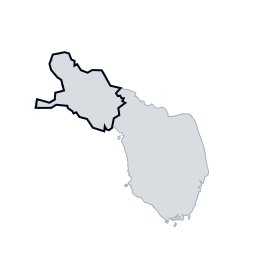 location of Lapland within Finland, rotated 309°
{"feature_id": "FIN-3176", "entity_name": "Lapland", "entity_type": "Province", "adm_level": 1, "iso_a3": "FIN", "parent_name": "Finland", "parent_adm1": "", "projection": "orthographic", "projection_center": [25.412, 67.834], "detail": "coarse", "context": "in_parent", "style": "outline", "palette": "ink", "viewbox_px": 256, "rotation_deg": 309, "n_neighbors": 0, "source": "natural_earth", "source_scale": "10m", "svg_char_len": 4174}
<svg xmlns="http://www.w3.org/2000/svg" viewBox="0 0 256 256"><g transform="rotate(309 128 128)"><path d="M110.0,111.0L109.2,107.2L108.1,104.0L106.8,103.1L106.4,101.8L106.3,99.2L106.6,97.1L107.9,95.2L108.2,92.5L109.1,90.4L108.7,89.0L106.7,85.1L106.4,83.8L106.4,81.7L107.6,79.8L107.3,77.8L105.2,77.0L105.3,75.8L105.9,73.8L105.7,72.2L105.8,68.5L106.9,66.9L105.7,65.6L104.6,63.2L103.5,63.0L103.0,60.5L101.2,58.2L94.9,54.8L91.2,51.1L89.3,48.1L87.4,46.4L87.4,44.9L85.5,43.5L85.9,42.9L87.5,43.0L88.7,43.7L89.2,42.9L88.8,40.7L89.0,40.2L90.5,39.0L92.9,39.2L97.5,48.0L98.2,50.9L103.1,52.0L103.6,52.7L105.0,52.6L107.9,51.3L109.0,49.5L110.1,49.7L117.0,54.0L118.1,53.0L118.8,50.5L119.3,49.3L120.1,48.5L121.8,48.0L123.0,45.8L123.1,39.8L123.7,38.1L124.8,32.3L126.9,29.6L128.4,26.8L129.9,26.4L132.6,26.9L135.8,24.0L137.9,23.5L141.8,28.3L147.1,31.1L148.7,35.1L148.1,36.7L145.6,41.3L145.5,42.5L146.6,44.5L142.7,47.1L143.0,47.7L145.2,47.9L145.5,48.8L143.6,54.6L143.5,55.6L145.5,61.6L150.6,63.9L152.2,66.6L156.2,71.6L156.0,74.1L151.1,83.7L150.0,86.4L149.9,88.0L153.6,95.2L155.7,100.3L157.8,103.9L159.8,110.1L160.1,112.2L156.9,113.6L157.9,114.7L157.3,116.7L157.3,119.5L156.5,121.3L156.8,121.8L158.3,122.1L158.6,123.3L158.5,124.1L157.0,125.6L156.9,127.1L157.9,129.5L158.7,130.3L161.3,130.9L161.6,131.6L161.8,133.4L160.8,135.2L160.9,135.9L162.2,139.0L165.7,141.4L166.2,143.3L166.3,144.6L166.2,145.8L163.9,150.5L162.1,152.0L166.3,156.4L173.8,161.8L177.3,166.7L177.7,168.1L175.9,174.8L175.2,176.6L169.9,184.3L162.3,196.8L158.3,202.3L150.4,210.7L144.6,218.3L141.3,219.9L138.6,218.4L137.3,218.8L136.1,219.9L131.9,221.2L131.7,220.0L132.6,216.8L132.2,216.9L131.5,218.4L131.1,220.1L130.3,221.0L128.6,221.4L126.9,220.0L126.0,220.0L126.9,222.1L126.9,222.7L126.0,222.6L124.1,224.3L123.6,224.3L123.0,222.9L121.0,224.4L119.1,224.7L117.9,225.8L112.3,227.3L110.7,229.2L109.6,228.7L103.2,230.2L100.6,229.7L97.6,232.4L95.3,232.7L97.7,229.9L97.9,228.9L96.7,228.3L95.8,227.2L95.1,224.9L94.6,224.8L93.8,227.6L92.2,228.5L90.4,228.4L90.2,227.1L90.5,226.0L90.3,225.8L90.6,224.9L91.5,224.9L91.8,224.4L91.8,223.9L91.1,223.3L91.9,221.3L88.6,220.7L84.7,218.4L84.3,216.6L82.3,217.7L80.6,216.3L80.4,215.5L80.3,208.7L80.6,206.9L81.7,204.7L82.2,202.4L82.4,198.3L82.9,198.3L82.4,196.9L83.3,196.6L83.4,196.2L81.7,189.5L80.6,187.9L81.8,183.1L81.8,182.0L81.7,180.7L80.3,179.2L80.0,174.9L80.5,172.5L83.7,168.4L84.0,166.7L85.6,166.7L84.9,165.1L84.8,163.3L87.2,162.7L88.1,163.3L90.2,162.8L92.1,161.5L91.5,158.9L92.5,158.8L92.2,158.2L92.3,157.5L93.0,157.9L94.2,156.1L94.4,154.7L96.4,154.1L98.9,151.3L101.0,149.9L103.3,147.1L104.3,147.0L104.8,145.2L107.3,142.4L108.2,140.1L110.5,137.5L112.8,132.9L113.1,131.7L116.5,130.0L119.5,130.5L119.4,129.4L119.0,128.6L120.2,127.5L119.9,125.6L119.2,124.7L120.0,117.8L119.1,116.5L115.7,114.1L114.3,113.9L113.6,112.1L114.0,110.0L112.1,111.6L110.0,111.0ZM87.2,221.6L89.6,221.7L90.1,222.8L89.1,223.4L88.9,224.3L89.4,225.6L88.4,225.5L87.8,224.0L86.7,223.0L87.2,221.6ZM115.7,127.8L114.4,128.5L113.3,128.0L113.3,126.7L115.1,125.9L117.0,126.8L116.0,127.1L115.7,127.8ZM82.1,161.6L81.9,162.7L83.3,162.0L83.7,162.4L83.6,163.3L83.2,163.1L82.1,164.2L81.2,163.1L80.7,161.5L82.1,161.6ZM80.6,217.7L80.4,218.6L79.0,218.6L78.5,217.6L78.3,216.0L78.9,215.3L79.2,216.2L80.6,217.7ZM85.9,221.9L85.1,221.9L84.2,220.9L84.1,220.5L84.5,220.3L84.3,219.1L85.1,219.8L85.5,220.6L85.1,220.7L85.9,221.9ZM84.0,225.8L83.0,226.4L82.6,226.2L82.8,225.1L83.4,224.6L84.4,224.6L84.0,225.8ZM81.9,226.3L81.0,226.5L80.5,225.9L81.4,225.0L82.0,225.1L82.2,225.7L81.9,226.3Z" fill="#d9dde1" stroke="#a8b0b8" stroke-width="1"/><path d="M137.7,23.3L147.0,31.0L148.8,35.2L145.6,40.8L146.5,44.3L142.7,47.2L145.6,48.3L143.3,55.0L145.5,61.7L150.5,63.7L156.3,71.3L149.8,87.7L154.4,97.2L147.4,96.8L146.4,100.1L148.2,101.5L147.1,104.1L148.4,106.0L145.4,106.5L145.8,110.1L137.4,107.9L132.6,113.1L126.6,110.9L117.8,115.5L114.3,114.6L113.3,112.0L114.7,108.9L110.4,111.6L106.1,100.5L109.2,90.5L106.0,83.3L107.6,77.9L105.0,76.5L106.0,74.4L105.6,68.7L107.1,67.0L100.9,57.6L95.4,55.7L85.5,43.5L93.2,39.3L98.2,51.0L104.0,53.2L109.6,49.3L116.8,54.7L123.4,45.8L122.9,41.2L124.8,31.5L128.4,26.6L137.7,23.3Z" fill="none" stroke="#020617" stroke-width="2"/></g></svg>